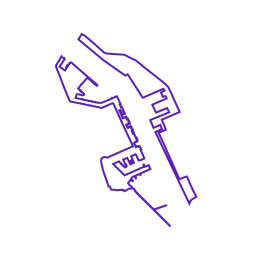 the district of Police Department Port Said Port, Bur Sa`id, Egypt, rotated 123°
{"feature_id": "37247803B70757387881176", "entity_name": "Police Department Port Said Port", "entity_type": "district", "adm_level": 2, "iso_a3": "EGY", "parent_name": "Egypt", "parent_adm1": "Bur Sa`id", "projection": "robinson", "projection_center": [32.315, 31.253], "detail": "fine", "context": "isolated", "style": "outline", "palette": "violet", "viewbox_px": 256, "rotation_deg": 123, "n_neighbors": 0, "source": "geoboundaries", "source_scale": "gbopen_adm2", "svg_char_len": 5667}
<svg xmlns="http://www.w3.org/2000/svg" viewBox="0 0 256 256"><g transform="rotate(123 128 128)"><path d="M176.2,126.9L179.1,123.4L180.5,121.5L187.6,112.4L186.9,111.3L188.9,108.7L186.8,104.9L186.7,104.0L182.3,98.2L182.7,97.4L182.9,97.5L182.9,96.5L181.0,95.5L178.2,94.0L176.4,91.6L176.2,91.3L176.1,91.1L176.1,90.7L176.0,90.4L176.1,90.0L176.2,89.5L177.0,87.7L177.3,87.1L177.6,86.1L178.5,82.1L182.0,65.0L187.3,39.8L187.1,39.8L182.4,61.8L171.4,53.3L182.3,62.0L180.7,69.8L178.2,82.0L177.3,86.0L176.9,87.3L176.5,88.2L176.0,89.2L175.8,89.7L175.8,90.2L175.8,90.6L175.9,91.0L176.1,91.5L175.4,92.6L175.0,95.3L174.6,96.8L174.2,97.9L169.9,97.7L169.9,96.3L170.2,96.3L170.2,95.3L169.4,95.3L169.3,96.3L169.7,96.3L169.7,97.7L166.4,97.5L164.7,96.3L165.4,95.3L165.2,95.1L166.0,94.0L165.8,93.9L165.1,95.1L164.9,94.9L164.2,95.9L160.2,93.3L160.8,92.2L160.3,91.9L159.6,92.9L150.2,86.9L147.9,90.4L151.3,92.7L150.0,94.8L150.4,95.1L151.6,93.3L154.4,95.2L169.6,105.1L166.3,120.9L161.0,117.4L161.6,114.4L161.9,114.4L161.9,114.2L161.7,114.2L162.1,112.2L162.3,112.3L162.4,112.0L162.1,112.0L162.7,109.1L161.2,108.2L160.6,109.4L160.0,109.1L159.6,109.8L160.1,110.2L157.1,114.8L153.5,112.4L157.3,106.3L156.1,105.5L154.5,108.2L153.3,107.4L154.9,104.7L153.9,104.1L151.6,107.6L150.0,110.0L145.9,107.3L145.9,107.0L149.5,101.4L149.4,101.2L148.7,100.7L148.7,100.3L144.7,97.7L142.9,100.2L139.4,105.7L138.7,105.2L137.0,108.2L138.0,108.8L137.6,109.6L139.2,110.7L139.5,110.6L139.8,110.9L139.4,111.5L139.0,111.3L138.1,113.0L138.2,113.3L137.2,115.0L135.2,113.9L135.3,113.7L133.9,112.9L133.4,113.8L133.2,113.7L132.9,114.3L133.1,114.4L133.0,114.6L132.2,114.2L131.3,115.6L131.9,116.1L130.1,118.9L129.4,119.9L130.1,120.6L129.9,120.8L128.9,120.2L128.7,120.5L129.6,121.6L129.4,121.9L128.5,121.4L127.6,122.7L128.3,123.3L127.9,123.7L126.8,123.1L126.3,123.8L126.8,124.2L125.6,126.1L125.3,126.0L125.4,125.9L125.2,125.8L125.0,126.1L125.5,126.3L125.2,126.7L126.1,127.2L126.0,127.4L127.4,128.3L127.5,128.2L127.6,128.3L127.9,127.9L128.1,128.1L128.2,128.4L126.4,131.3L125.2,130.6L125.3,130.3L125.5,130.4L125.5,130.2L125.1,129.9L125.0,130.1L125.0,130.4L124.1,129.8L124.4,129.3L123.8,128.9L123.6,129.2L124.0,129.5L123.8,129.7L123.4,129.4L123.3,129.5L123.1,130.0L122.9,129.8L123.2,129.3L123.0,129.1L122.2,130.2L122.4,130.4L122.8,130.0L123.0,130.2L122.3,131.2L121.7,130.8L120.4,132.9L121.4,133.5L120.7,134.5L120.5,134.4L120.3,134.7L120.2,134.6L119.9,135.0L120.9,135.6L120.5,136.2L119.5,135.6L119.4,135.8L122.4,137.9L122.6,137.5L122.8,137.7L121.2,140.1L120.9,140.0L118.0,144.9L116.9,144.2L119.8,140.0L119.7,139.6L117.8,138.4L117.6,138.6L117.2,139.0L117.3,139.5L116.5,140.9L116.2,140.7L115.1,142.5L113.6,144.7L114.4,145.2L112.7,147.7L112.0,147.2L107.5,154.4L107.4,154.6L107.5,154.8L109.2,156.0L109.5,155.8L111.8,157.5L111.7,157.8L111.9,157.8L112.0,157.7L112.3,157.9L112.5,157.7L114.3,159.0L114.6,159.3L118.1,161.7L120.9,163.6L121.3,163.9L121.6,164.3L121.8,164.6L122.9,166.6L123.0,166.6L123.1,166.9L123.2,167.2L123.3,167.2L124.2,169.4L124.0,169.5L124.8,171.6L125.1,171.7L125.3,171.8L125.5,172.1L125.5,172.3L125.5,172.6L125.3,172.8L126.5,175.8L126.6,175.7L128.1,179.9L128.3,179.8L129.0,181.7L128.6,182.0L128.7,182.3L129.0,182.2L131.3,188.2L131.3,188.3L131.2,188.4L131.1,188.5L128.1,189.3L127.8,189.3L127.4,189.1L127.2,188.9L127.0,188.6L125.2,183.6L125.0,183.4L124.7,183.2L124.2,183.1L123.8,183.1L123.5,183.3L123.3,183.6L123.2,183.9L123.0,185.5L123.3,185.6L123.2,186.7L122.7,186.7L122.6,187.2L123.1,187.3L122.9,188.5L122.3,188.4L122.2,189.4L122.3,189.4L122.1,191.3L116.3,190.9L116.3,190.6L114.6,190.4L108.2,189.5L108.0,189.0L109.6,177.4L109.5,177.1L109.4,177.0L109.2,176.9L108.8,177.0L108.7,177.1L108.6,177.4L105.8,198.6L105.6,199.7L104.6,206.6L104.2,209.4L103.9,210.9L103.9,211.2L104.0,211.5L104.2,211.8L104.5,211.8L104.9,211.8L105.1,211.8L105.2,212.0L105.2,212.3L105.5,212.4L105.7,212.5L105.8,212.4L105.8,212.2L108.3,212.2L108.2,213.1L110.5,213.0L110.4,212.2L114.1,212.2L113.9,218.8L104.6,218.7L104.4,218.8L104.0,219.3L104.2,219.8L104.4,220.2L104.5,220.7L104.6,221.2L104.6,221.6L104.5,222.1L104.4,222.2L104.2,222.8L104.8,222.7L114.1,222.4L115.0,222.2L115.5,221.9L115.9,221.6L116.2,221.2L118.2,218.5L119.4,216.6L120.8,214.6L129.5,202.7L133.7,196.7L135.4,194.1L136.5,192.6L136.8,191.9L137.0,191.0L136.9,190.3L136.7,189.7L133.9,182.5L132.0,177.8L130.9,174.9L125.4,160.9L123.4,159.6L118.8,156.6L117.4,155.7L116.6,155.2L115.9,154.6L115.6,154.2L115.5,153.7L115.6,153.4L119.4,147.4L127.6,134.7L140.6,113.9L141.7,114.7L142.8,115.3L149.5,119.7L155.3,123.5L162.7,128.3L164.3,129.2L164.4,130.0L164.5,130.7L164.7,131.3L165.1,131.8L165.6,132.5L166.4,133.0L167.5,133.4L168.6,133.4L169.5,133.1L170.2,132.8L170.6,132.5L176.2,126.9ZM74.3,218.0L80.7,217.8L84.5,185.6L85.5,158.7L83.1,157.6L94.6,132.1L75.8,119.7L76.8,117.7L80.2,119.7L82.9,115.7L80.8,114.0L82.2,111.7L95.2,120.3L99.8,112.9L90.0,106.1L92.4,102.0L109.2,113.7L114.0,106.6L107.8,102.7L110.4,99.0L116.5,102.8L158.0,35.4L155.7,35.9L153.3,35.6L148.4,33.2L144.4,40.4L137.2,51.2L136.6,52.2L137.0,52.7L140.8,55.4L142.4,56.6L142.7,56.8L142.8,57.2L142.6,57.6L138.4,64.1L136.3,67.2L127.1,81.4L122.1,88.9L115.7,99.3L115.3,99.7L115.0,99.5L108.9,95.3L106.1,99.0L102.7,104.2L96.8,100.3L91.4,96.7L87.5,94.1L86.4,93.3L78.4,106.1L77.6,107.2L75.3,110.7L72.8,114.7L71.9,116.4L71.6,117.1L71.4,117.9L71.1,119.6L70.9,120.3L70.5,123.2L70.2,125.9L69.7,131.4L69.4,134.9L68.6,144.1L67.1,157.8L67.4,161.0L67.9,164.7L68.5,170.1L68.7,171.0L68.8,171.4L69.0,171.8L75.6,183.6L76.5,185.2L77.0,186.4L77.4,187.2L77.6,187.8L77.6,188.2L77.7,189.2L77.6,190.6L77.4,191.4L77.1,193.6L76.1,199.8L75.4,204.7L74.8,209.3L74.3,213.6L74.2,215.8L74.3,216.4L74.4,217.1L74.3,218.0Z" fill="none" stroke="#5b21b6" stroke-width="2"/></g></svg>